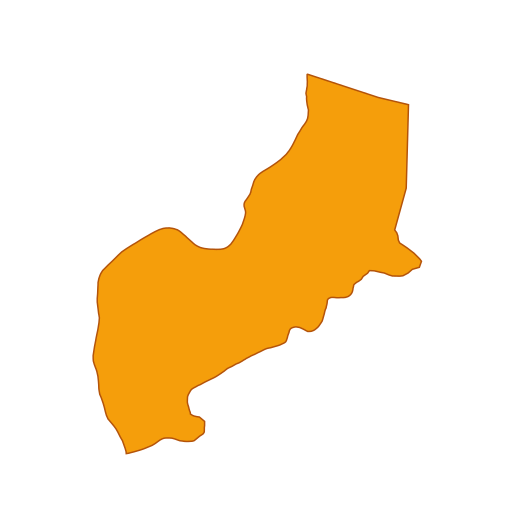 Ti Riviere, Micoud, Saint Lucia (Natural Earth projection), rotated 74°
{"feature_id": "8701671B16268299103818", "entity_name": "Ti Riviere", "entity_type": "district", "adm_level": 2, "iso_a3": "LCA", "parent_name": "Saint Lucia", "parent_adm1": "Micoud", "projection": "natural_earth1", "projection_center": [-60.937, 13.83], "detail": "fine", "context": "isolated", "style": "filled", "palette": "amber", "viewbox_px": 512, "rotation_deg": 74, "n_neighbors": 0, "source": "geoboundaries", "source_scale": "gbopen_adm2", "svg_char_len": 5392}
<svg xmlns="http://www.w3.org/2000/svg" viewBox="0 0 512 512"><g transform="rotate(74 256 256)"><path d="M95.5,156.3L95.6,156.8L97.2,157.3L98.7,157.7L102.6,158.6L104.7,159.3L106.7,159.9L107.9,160.5L109.3,161.2L109.9,161.4L111.2,162.1L113.3,163.1L115.0,163.3L116.8,163.4L118.5,164.0L119.0,164.1L120.8,164.5L124.9,165.1L127.4,165.2L128.8,165.3L130.0,165.3L131.7,165.9L132.8,166.3L135.1,167.1L138.0,168.5L139.8,169.9L140.4,170.4L142.7,173.0L142.9,173.3L144.2,175.1L145.5,176.7L147.8,179.1L150.7,182.4L155.2,186.3L159.2,190.0L160.0,190.8L161.7,192.6L163.9,195.1L164.5,196.0L166.7,199.0L167.9,201.4L168.1,201.7L168.5,202.6L170.2,205.9L171.3,208.8L171.8,210.0L173.1,213.8L174.4,217.8L175.4,221.4L176.6,226.0L177.6,229.0L178.5,231.0L180.1,233.6L182.2,236.1L184.1,237.7L185.8,238.8L187.1,239.6L187.8,240.1L190.6,242.1L193.3,243.5L193.9,244.0L195.0,244.8L196.1,246.1L197.5,247.7L199.3,249.9L200.4,251.4L201.8,252.6L203.0,253.2L204.8,253.7L206.2,253.7L209.8,253.7L211.2,254.0L211.7,254.1L214.2,255.3L216.7,256.8L219.3,258.6L221.9,260.4L224.4,262.6L227.8,265.8L229.3,267.3L229.8,267.8L232.1,270.3L234.3,272.7L235.4,274.0L237.7,277.0L239.2,280.1L239.6,281.3L239.9,282.9L240.0,283.3L240.1,285.2L239.9,287.0L239.7,288.5L238.9,291.5L238.7,292.3L237.3,296.5L236.9,297.9L236.1,300.0L234.5,303.7L233.5,305.5L232.4,307.3L230.5,309.5L228.4,311.5L226.0,313.1L225.6,313.3L223.4,314.7L222.1,315.5L219.9,316.9L219.1,317.4L217.6,318.2L214.8,320.1L212.6,321.5L210.7,322.9L210.3,323.3L209.1,324.4L208.2,325.8L207.4,326.9L206.5,328.5L205.7,330.3L205.1,331.6L204.8,332.9L204.3,334.8L203.9,337.7L204.0,340.2L204.0,341.6L204.7,346.0L205.4,349.3L205.7,350.7L206.5,353.7L207.3,357.1L207.9,359.5L208.7,362.5L210.5,368.6L211.0,370.8L212.0,374.3L213.2,378.4L213.6,379.6L215.1,384.0L216.7,387.1L217.0,387.7L217.2,388.1L219.2,391.7L221.5,395.9L223.9,400.6L226.1,404.5L227.7,407.4L229.7,409.6L230.6,410.5L231.5,411.2L232.0,411.6L234.0,413.0L234.6,413.4L235.0,413.6L237.9,415.1L240.5,415.9L241.3,416.2L245.5,417.6L248.5,418.6L253.0,420.3L256.5,421.3L263.5,422.4L267.7,423.1L269.1,423.2L272.3,423.6L276.5,425.2L277.0,425.4L283.2,428.3L284.9,429.2L288.1,430.9L290.4,432.1L293.1,433.4L298.6,436.2L302.3,437.9L306.2,439.7L306.9,440.0L309.8,440.8L312.1,441.3L315.9,441.3L319.8,441.0L320.3,440.9L323.0,440.8L328.0,441.1L330.9,441.6L331.5,441.7L332.6,441.9L336.5,442.7L339.3,443.4L340.7,443.7L342.2,443.9L345.8,444.3L349.8,443.8L355.4,443.5L359.8,443.5L364.3,443.7L365.4,443.7L368.0,443.7L371.4,443.2L371.8,443.2L372.6,442.8L375.8,441.4L380.1,439.5L383.3,438.3L386.9,437.4L392.3,436.4L394.4,435.9L396.7,435.3L399.9,435.1L403.3,434.9L404.8,434.8L406.9,434.8L408.0,434.8L408.7,434.9L410.2,435.2L410.5,432.7L410.5,431.4L410.5,430.6L410.6,427.6L410.6,425.2L410.6,421.7L410.5,418.7L410.4,417.0L410.2,415.1L409.9,412.4L409.6,409.8L409.4,408.1L408.6,405.1L408.1,403.6L407.2,401.2L406.4,398.9L405.9,396.4L405.8,394.6L406.0,393.3L406.4,391.6L407.1,389.3L407.9,387.1L408.6,385.9L409.6,384.3L410.9,382.5L412.6,380.1L413.6,377.7L414.4,376.0L415.2,373.7L415.6,372.2L416.0,370.4L416.4,368.6L416.5,367.4L416.4,366.1L415.8,364.8L415.4,363.8L414.1,360.9L413.5,359.5L412.9,357.4L412.4,355.9L411.5,354.8L410.8,354.2L409.2,353.7L408.0,353.3L407.1,353.1L404.7,352.1L400.8,351.0L395.2,354.8L394.1,357.2L392.9,359.4L391.7,361.0L390.7,361.8L389.9,362.6L388.2,362.3L386.6,362.5L384.6,362.5L382.2,362.4L379.9,362.5L377.6,362.3L375.3,361.6L372.4,360.6L370.6,359.3L368.6,357.3L367.7,356.4L366.5,354.9L365.8,353.0L365.5,351.7L365.1,349.7L364.5,347.3L364.3,345.2L363.8,343.0L363.2,340.4L362.7,337.7L362.3,335.3L361.9,333.1L361.5,330.6L361.0,328.2L360.4,326.0L359.8,324.1L359.1,321.8L358.7,320.8L358.0,318.6L357.3,317.0L356.5,315.1L356.1,313.7L355.9,312.6L355.6,310.4L355.4,309.3L354.7,306.5L354.3,304.9L354.0,301.7L353.1,298.0L352.6,296.6L352.3,295.0L351.9,294.0L351.4,291.6L351.2,290.4L350.7,288.5L350.3,285.7L350.2,284.6L349.7,282.1L349.4,280.6L349.1,278.4L348.7,276.4L348.3,274.3L348.1,273.1L347.9,271.0L348.0,269.0L348.2,267.3L348.2,265.2L348.2,263.2L348.2,262.0L348.2,261.2L348.2,259.6L348.1,257.5L347.8,255.8L347.6,254.5L347.4,253.2L347.1,252.1L346.7,251.2L345.8,250.2L343.0,248.3L341.5,247.5L340.1,246.5L338.6,245.4L337.0,244.5L335.9,243.5L335.4,242.7L335.0,241.5L334.9,240.0L334.9,239.3L335.0,237.7L335.3,236.7L335.8,235.7L336.6,234.0L337.1,233.3L338.2,232.0L338.8,231.3L339.7,230.3L340.5,229.5L341.5,228.5L342.8,227.1L343.1,226.0L343.5,224.3L343.6,223.2L343.4,221.0L343.0,219.6L342.5,218.4L341.7,216.6L341.0,215.4L340.0,214.1L339.4,213.4L338.9,212.8L338.0,211.7L337.0,210.6L336.7,210.3L334.6,208.9L334.2,208.7L331.8,207.2L330.2,206.2L328.5,205.3L326.7,204.2L325.2,202.9L324.1,202.4L322.2,201.3L320.8,200.6L319.3,200.0L318.1,199.5L317.3,198.7L316.8,197.7L316.5,195.6L316.7,194.5L317.0,193.4L317.5,192.0L318.0,190.8L318.5,189.5L319.0,187.7L319.4,185.7L320.0,183.8L320.4,181.7L320.4,179.6L320.3,178.5L319.9,177.2L319.3,175.9L318.6,174.9L317.8,174.0L316.7,173.1L315.1,172.2L313.9,171.7L312.0,170.6L310.9,170.1L310.3,169.4L309.7,168.1L309.0,166.4L308.6,164.4L307.4,161.2L305.1,158.6L303.3,153.5L301.3,151.0L302.8,146.5L306.0,140.8L307.7,137.4L310.8,133.5L312.8,130.4L315.0,123.3L315.5,120.2L314.3,114.5L311.9,109.4L311.9,104.1L311.9,102.1L306.7,98.4L303.8,99.5L296.8,103.4L289.9,108.5L286.2,111.6L283.1,114.3L280.0,114.8L275.7,114.1L272.5,114.3L269.2,115.5L232.2,92.9L152.6,67.7L137.3,94.8L95.5,156.3Z" fill="#f59e0b" stroke="#b45309" stroke-width="1.5"/></g></svg>